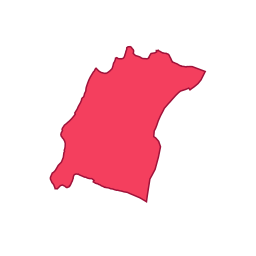 Abu Tig, Asyut, Egypt (Natural Earth projection), rotated 44°
{"feature_id": "37247803B24325700494067", "entity_name": "Abu Tig", "entity_type": "district", "adm_level": 2, "iso_a3": "EGY", "parent_name": "Egypt", "parent_adm1": "Asyut", "projection": "natural_earth1", "projection_center": [31.279, 27.037], "detail": "fine", "context": "isolated", "style": "filled", "palette": "rose", "viewbox_px": 256, "rotation_deg": 44, "n_neighbors": 0, "source": "geoboundaries", "source_scale": "gbopen_adm2", "svg_char_len": 3597}
<svg xmlns="http://www.w3.org/2000/svg" viewBox="0 0 256 256"><g transform="rotate(44 128 128)"><path d="M191.1,168.5L192.5,168.2L188.9,163.3L179.2,149.5L178.0,145.1L176.2,138.9L170.1,127.8L164.4,118.9L159.3,116.3L154.8,115.9L152.5,116.3L151.8,115.5L148.9,111.9L148.1,109.2L146.8,106.1L144.8,101.9L143.0,97.0L142.8,96.4L142.1,94.0L141.3,91.2L140.4,88.5L140.4,87.9L140.3,85.8L140.1,82.2L140.1,80.3L139.9,76.7L139.7,71.4L139.8,67.4L140.1,65.0L142.7,60.1L144.0,57.1L146.1,57.5L146.4,55.3L146.9,52.9L147.2,50.5L147.5,47.4L147.1,42.7L145.5,37.6L144.3,33.7L131.6,39.2L130.8,39.9L130.5,40.2L129.5,41.1L129.2,41.5L127.7,42.9L127.4,43.7L125.6,44.8L124.6,45.6L123.5,46.5L123.2,46.3L121.8,47.1L120.4,47.4L118.7,47.8L116.9,48.6L115.9,48.9L114.1,49.7L113.8,49.3L112.4,49.3L112.0,48.9L111.0,48.5L110.0,48.1L108.9,47.8L107.9,47.4L106.8,47.0L106.5,47.0L105.4,47.0L104.7,47.4L104.0,47.7L103.7,47.7L103.3,48.1L102.3,48.9L101.3,49.6L100.9,49.6L100.6,50.0L97.7,50.7L96.7,51.1L95.7,51.1L95.7,51.5L94.6,52.6L95.7,53.4L95.0,55.6L94.6,56.0L93.2,57.9L92.9,58.3L92.9,59.0L93.2,60.2L93.9,62.8L94.2,62.8L94.2,63.9L93.5,65.1L93.2,65.4L92.1,66.2L91.4,66.9L90.4,67.7L89.7,68.1L88.7,68.4L88.0,68.4L86.9,68.8L85.9,69.2L85.2,69.6L84.5,69.9L83.8,70.3L83.1,70.7L82.4,70.7L80.0,70.7L78.9,69.1L78.2,68.4L77.2,68.0L75.8,68.0L74.4,67.6L73.0,68.0L72.7,68.4L71.6,69.5L71.6,69.9L71.3,71.0L71.9,71.8L72.3,72.1L72.5,72.5L73.3,74.4L74.0,75.5L74.4,76.3L75.1,77.8L75.4,78.2L75.7,79.0L76.1,80.1L76.1,81.2L75.7,82.0L75.0,83.1L74.7,83.1L74.0,83.9L73.6,84.2L72.6,85.0L72.2,85.0L71.6,85.0L71.2,85.4L70.9,85.4L70.5,86.5L71.2,87.2L71.5,88.0L72.2,89.5L72.6,91.4L74.0,93.7L75.3,96.3L75.3,99.4L75.0,101.6L74.6,103.1L74.2,104.1L73.6,104.3L73.2,105.0L69.7,106.9L69.4,106.9L67.3,107.3L63.5,107.2L63.5,108.0L63.5,108.4L64.2,110.3L64.2,111.4L64.2,111.8L65.5,117.5L66.6,120.9L67.3,122.5L67.9,123.9L69.7,127.7L70.7,129.2L71.4,130.0L72.1,131.1L72.8,133.4L73.5,134.5L74.5,136.4L74.2,137.9L74.5,139.4L75.2,140.2L76.2,142.8L77.3,147.0L78.3,149.6L79.3,154.2L80.4,154.6L80.7,156.5L80.8,157.7L81.0,160.2L81.0,163.6L80.7,166.3L80.7,167.4L80.3,170.1L80.7,172.1L81.0,173.8L81.7,175.0L82.7,175.4L83.4,178.0L84.4,179.5L85.8,180.3L86.5,180.3L87.9,180.7L89.0,180.7L91.4,181.4L93.5,182.6L94.5,183.7L95.9,185.3L96.9,186.8L97.6,188.3L98.3,188.7L98.7,189.0L99.0,190.2L100.4,192.1L102.1,194.4L102.1,194.7L103.1,197.0L103.8,198.9L103.8,200.8L103.8,203.4L104.5,206.1L105.2,209.1L105.2,211.8L104.8,212.9L105.2,214.0L106.5,217.4L107.2,218.2L107.6,218.6L111.4,220.1L112.4,220.1L114.2,220.5L115.9,221.3L116.6,221.6L117.8,222.3L118.0,222.0L119.4,220.9L119.4,220.1L119.4,218.6L119.4,217.1L119.4,216.4L119.8,215.6L120.1,215.2L120.5,214.5L121.9,214.1L122.9,213.7L124.3,213.7L125.0,213.4L125.3,213.4L125.7,213.0L125.7,212.6L126.4,211.5L126.4,210.7L126.4,210.0L126.0,210.0L126.1,208.8L125.0,205.8L124.7,204.7L124.0,203.5L123.6,202.4L122.9,201.6L122.3,200.5L121.9,199.7L121.9,199.0L121.9,198.6L122.6,197.1L123.7,196.4L124.4,195.6L125.4,195.6L128.2,194.5L130.3,193.7L130.6,193.7L131.0,193.4L132.0,192.6L133.4,192.3L134.8,191.5L135.6,191.0L135.9,190.8L136.6,190.0L137.2,189.6L139.0,189.3L140.0,189.3L140.0,190.0L140.4,190.9L140.7,190.8L142.1,190.4L142.8,190.4L143.5,190.0L144.2,189.7L144.6,189.3L146.3,188.9L147.7,188.2L148.4,188.2L149.8,187.8L151.2,187.1L152.2,187.1L152.9,186.3L153.3,186.3L155.3,184.8L156.0,184.4L157.8,183.7L159.2,182.6L161.6,181.5L163.0,180.7L163.7,180.0L165.8,178.8L166.8,178.1L167.5,177.7L169.6,176.6L170.7,175.8L172.4,174.7L174.5,174.0L176.6,173.2L177.3,172.9L183.1,170.7L184.6,170.1L185.3,169.9L191.1,168.5Z" fill="#f43f5e" stroke="#9f1239" stroke-width="1.5"/></g></svg>